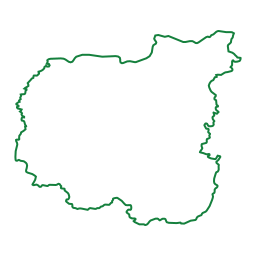 outline of Chernihiv
{"feature_id": "UKR-285", "entity_name": "Chernihiv", "entity_type": "Region", "adm_level": 1, "iso_a3": "UKR", "parent_name": "Ukraine", "parent_adm1": "", "projection": "equal_earth", "projection_center": [32.067, 51.356], "detail": "fine", "context": "isolated", "style": "outline", "palette": "green", "viewbox_px": 256, "rotation_deg": 0, "n_neighbors": 0, "source": "natural_earth", "source_scale": "10m", "svg_char_len": 5770}
<svg xmlns="http://www.w3.org/2000/svg" viewBox="0 0 256 256"><path d="M89.2,54.8L102.3,56.7L115.6,56.1L118.1,56.5L119.8,57.7L120.2,59.3L120.2,61.0L120.6,62.5L121.9,63.2L123.2,63.0L127.2,61.4L130.0,61.2L134.5,62.1L135.9,62.1L146.3,58.3L149.6,56.2L151.8,52.5L152.7,46.8L153.4,45.2L155.9,43.6L156.3,42.5L156.0,41.7L154.6,39.7L154.2,38.7L155.3,35.5L158.3,35.0L164.8,36.8L168.4,36.0L183.2,42.0L185.5,42.0L190.0,41.1L192.2,41.1L193.4,41.6L195.7,43.0L197.0,43.1L198.4,42.5L206.1,37.2L207.5,36.7L208.1,36.7L209.1,37.1L209.8,37.0L210.4,36.5L211.3,35.2L213.4,34.4L216.3,31.8L217.5,31.2L218.6,31.0L225.9,32.1L230.8,32.1L232.1,32.3L233.9,33.3L233.1,35.4L232.7,37.5L231.4,39.2L230.9,42.4L230.1,43.3L228.2,44.9L227.8,46.0L228.5,51.4L232.4,52.7L234.2,54.0L235.5,55.5L236.4,56.2L237.4,57.5L240.5,57.9L240.6,58.5L240.4,59.6L239.9,60.6L239.5,61.0L237.4,61.6L235.6,61.8L234.2,61.6L233.2,60.4L232.6,60.5L232.1,61.5L232.1,65.0L231.6,66.0L230.7,66.8L230.6,67.1L231.1,67.3L232.3,68.9L232.5,69.9L231.7,71.0L227.4,72.1L225.7,72.3L224.6,72.7L221.1,74.9L217.7,74.7L216.2,75.0L216.7,76.2L216.7,76.9L214.8,77.3L213.3,80.1L211.8,80.8L210.8,81.6L209.6,83.4L208.8,85.6L209.3,87.6L210.6,90.5L211.1,91.3L211.6,91.9L215.8,95.1L215.7,96.2L214.6,97.5L214.4,98.5L214.6,99.4L216.1,100.3L216.5,104.5L216.8,105.0L217.8,105.7L218.0,106.2L217.9,106.5L216.2,107.0L215.9,107.3L215.7,107.9L215.8,109.1L216.4,110.2L218.1,111.5L218.5,112.0L216.9,113.7L213.6,112.6L213.5,112.8L214.2,114.7L214.2,115.5L213.5,116.3L212.8,116.7L212.6,117.1L212.5,117.8L212.9,119.3L214.3,121.1L213.5,122.3L213.4,122.8L213.7,124.6L213.1,125.6L212.1,126.1L210.5,126.3L209.0,126.2L208.1,125.6L207.1,123.8L206.0,123.4L205.3,123.7L204.5,124.9L204.4,125.2L204.6,125.7L206.1,128.5L206.5,128.7L208.1,128.8L208.6,129.3L208.6,130.1L208.2,132.0L208.5,132.5L210.0,133.8L210.0,134.1L209.4,135.2L209.3,135.7L209.7,136.9L209.8,137.6L209.1,138.2L207.0,139.1L206.7,140.0L206.8,141.7L206.6,142.5L206.3,142.8L205.9,143.0L202.0,144.0L201.7,144.4L201.6,145.0L201.6,146.3L202.3,148.1L201.9,149.1L200.1,151.6L200.0,152.2L200.4,152.4L203.3,153.1L206.2,154.2L207.1,154.3L209.0,154.0L209.5,154.4L209.5,155.2L208.0,156.2L207.9,156.5L207.9,156.8L208.6,157.4L211.0,158.4L214.9,159.1L215.4,159.1L216.0,158.6L217.5,156.0L217.7,155.7L219.9,156.2L220.2,156.5L220.3,156.9L218.6,159.7L216.4,161.8L216.4,162.5L216.6,163.0L218.7,164.7L218.8,165.2L218.6,166.2L218.7,169.5L218.3,170.7L217.7,171.6L216.4,172.2L215.9,173.0L214.2,178.5L214.1,179.5L214.0,181.3L214.3,183.0L215.3,184.2L217.2,185.3L217.5,185.7L217.5,186.3L217.3,186.9L216.6,187.7L215.5,188.4L214.7,189.5L214.6,192.0L214.3,192.8L212.7,193.9L212.5,194.3L213.0,196.5L212.8,197.7L212.1,199.9L209.6,206.1L206.7,210.6L205.6,211.7L202.8,212.9L202.0,213.7L201.5,214.9L201.2,215.2L199.5,215.8L197.8,216.6L196.9,217.5L196.1,219.4L195.3,220.0L190.6,220.7L184.2,223.6L181.4,223.5L181.0,223.4L180.7,222.8L180.3,222.6L176.6,223.1L168.8,222.8L166.8,222.2L166.4,221.6L165.5,219.3L165.0,218.9L164.1,218.7L162.4,218.8L160.1,220.2L159.7,220.3L159.4,220.1L158.1,218.9L157.3,218.6L155.4,218.7L150.6,220.5L149.5,221.5L148.0,223.5L147.2,224.3L145.7,225.0L144.8,224.9L143.8,224.3L139.3,224.3L134.6,222.0L134.2,221.6L133.7,221.1L135.3,219.7L135.5,219.4L135.5,218.9L134.9,218.5L131.9,218.4L130.2,217.6L129.5,216.8L129.2,214.5L128.7,214.0L126.9,212.7L126.6,212.2L126.6,211.7L126.7,211.4L128.1,209.8L128.7,209.6L130.4,209.8L131.0,209.4L131.2,208.7L131.3,207.4L131.1,206.0L130.8,205.4L130.3,205.1L127.1,205.2L125.7,205.0L124.4,203.8L121.7,200.8L117.7,198.1L117.0,197.8L115.3,198.0L113.7,198.4L113.1,198.7L112.9,200.1L112.1,201.1L112.1,202.4L110.9,203.0L109.4,204.7L108.6,204.8L105.6,204.6L104.7,204.7L104.1,205.0L102.7,206.2L100.8,206.7L99.8,207.7L99.1,208.1L97.3,208.1L96.0,208.8L95.2,208.9L90.2,208.1L89.5,208.3L87.7,209.8L81.7,208.6L80.1,208.4L79.1,208.5L77.4,209.0L75.7,208.2L73.3,207.8L72.6,207.1L72.3,206.5L72.4,205.2L72.1,204.2L71.7,204.0L69.1,203.8L66.5,201.8L66.1,201.3L66.1,200.6L66.6,199.5L67.6,199.5L68.3,199.2L69.1,197.9L69.3,196.8L68.7,194.4L68.1,193.3L67.6,192.8L64.7,190.5L64.6,189.0L64.3,188.7L61.6,188.4L61.1,188.2L60.9,187.8L61.2,186.4L61.2,186.1L60.6,185.6L59.7,184.2L59.3,184.0L58.4,183.8L56.9,184.7L55.7,185.0L49.7,184.8L49.0,185.0L47.8,185.9L47.2,186.0L42.8,185.1L42.0,185.4L41.1,186.6L40.0,186.9L39.3,186.6L38.3,185.5L36.8,184.7L36.3,184.6L34.1,185.1L33.2,185.1L32.5,184.6L32.7,184.0L33.9,182.1L35.2,179.7L35.9,176.6L34.9,175.7L32.4,174.1L27.6,172.6L26.4,171.9L26.1,171.3L26.1,170.2L26.7,168.1L27.1,165.6L26.7,163.9L26.0,162.9L24.2,161.5L23.4,161.2L20.7,160.8L18.9,159.9L18.3,160.1L17.2,160.7L16.3,160.7L16.0,160.5L15.6,159.9L15.4,157.0L15.7,151.1L17.2,145.0L17.3,144.2L17.0,142.8L16.1,140.9L16.1,139.9L16.8,139.6L18.7,139.7L19.2,139.3L19.3,138.9L19.1,138.2L19.3,135.8L20.8,133.8L21.1,132.4L23.4,131.0L25.5,129.3L25.1,126.6L26.1,126.3L26.0,125.8L25.1,124.7L24.4,122.0L24.1,121.3L23.1,120.8L21.8,120.5L21.5,119.4L21.7,118.2L22.2,117.5L23.1,117.3L24.1,117.4L24.1,116.7L22.5,116.0L21.9,115.3L21.5,114.2L22.0,113.4L21.7,112.7L20.0,111.5L21.0,110.6L21.6,109.5L20.3,109.1L17.8,108.5L17.0,107.6L17.0,107.0L17.9,106.4L18.5,106.3L18.5,105.7L16.4,104.4L16.4,103.7L18.6,102.1L19.6,101.8L19.1,100.5L20.7,99.1L20.2,97.8L21.1,95.8L20.7,94.5L21.6,94.3L24.0,94.2L24.8,93.9L25.3,93.0L25.6,90.7L26.5,90.0L26.5,89.3L25.9,89.2L24.4,88.6L25.3,87.8L27.0,86.9L28.4,85.9L28.3,84.4L27.8,83.5L27.7,83.1L30.8,79.8L31.7,78.6L33.3,77.9L33.5,76.2L33.8,75.6L34.4,75.5L36.7,75.6L37.3,75.4L39.0,73.7L39.0,73.0L38.6,72.6L38.5,71.7L40.6,71.1L42.6,70.0L44.2,68.4L44.4,67.1L45.6,66.1L46.0,65.9L46.5,66.1L47.0,66.6L48.9,66.5L49.6,65.3L48.9,64.0L46.7,63.8L47.7,61.9L47.3,60.3L48.5,59.3L50.3,58.8L60.7,58.4L63.6,58.7L65.4,59.5L68.8,61.8L70.6,62.3L72.4,61.7L73.6,60.1L74.8,58.2L76.3,56.7L82.3,54.8L89.2,54.8Z" fill="none" stroke="#15803d" stroke-width="2"/></svg>